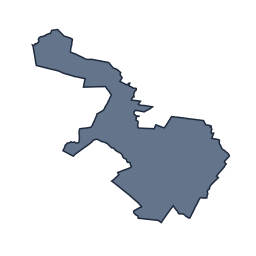 outline of Rongai, Rift Valley, Kenya, rotated 276°
{"feature_id": "3690345B22198050855445", "entity_name": "Rongai", "entity_type": "district", "adm_level": 2, "iso_a3": "KEN", "parent_name": "Kenya", "parent_adm1": "Rift Valley", "projection": "orthographic", "projection_center": [36.019, -0.061], "detail": "fine", "context": "isolated", "style": "filled", "palette": "slate", "viewbox_px": 256, "rotation_deg": 276, "n_neighbors": 0, "source": "geoboundaries", "source_scale": "gbopen_adm2", "svg_char_len": 5772}
<svg xmlns="http://www.w3.org/2000/svg" viewBox="0 0 256 256"><g transform="rotate(276 128 128)"><path d="M143.9,176.9L143.8,174.4L143.9,171.4L144.0,170.3L142.7,169.5L140.9,168.7L138.3,167.4L135.5,166.1L132.9,164.7L131.9,163.8L132.4,161.8L132.9,160.0L133.2,158.7L133.6,157.2L134.1,155.4L130.0,154.1L129.9,151.6L129.6,147.5L129.3,142.7L129.1,139.2L129.3,137.9L130.4,137.7L132.2,137.3L133.6,137.5L134.5,137.5L135.7,137.2L136.6,135.2L140.0,135.0L141.0,138.3L140.9,134.9L142.7,132.5L143.8,132.3L144.9,132.5L146.2,133.4L146.3,135.8L146.2,137.3L146.0,138.7L145.9,140.5L145.7,142.4L146.6,143.6L147.2,144.4L147.8,145.5L148.6,146.5L149.1,147.4L150.2,148.6L151.0,149.6L151.6,150.2L151.7,149.2L151.6,148.5L151.8,147.2L151.9,145.9L152.0,143.8L152.1,142.3L152.1,141.4L151.9,139.3L152.1,137.7L152.2,136.5L152.7,135.8L153.9,136.3L154.9,137.1L155.9,137.6L156.1,134.8L156.1,131.4L156.1,128.5L157.5,128.8L159.1,129.4L159.6,130.8L161.5,130.2L162.8,130.3L164.0,130.6L165.2,130.9L166.7,132.2L168.1,132.1L168.3,130.6L168.1,129.5L168.6,128.3L169.2,127.1L169.6,125.8L170.3,124.3L172.8,125.1L172.7,124.3L172.0,123.6L171.2,123.2L170.9,121.9L173.5,115.1L177.3,116.9L178.2,116.2L179.0,115.5L180.4,114.5L182.4,114.9L184.2,112.3L185.2,110.8L185.7,108.8L186.2,106.9L188.7,104.4L189.6,103.5L191.1,102.0L191.4,97.8L191.5,96.8L191.6,95.4L191.9,93.0L192.0,90.7L192.2,88.3L192.5,85.7L192.4,83.7L192.3,83.1L191.9,80.2L192.2,78.4L192.9,76.7L193.5,75.4L194.3,73.0L194.8,71.4L195.8,69.0L196.5,66.6L196.7,65.5L197.4,62.8L199.3,62.8L202.0,62.8L204.6,63.3L206.1,63.3L208.0,63.2L209.5,63.5L210.5,63.4L210.9,62.4L211.3,61.4L211.7,60.0L212.0,58.6L212.4,56.8L212.7,54.8L215.6,51.3L218.2,48.2L218.4,47.9L218.6,47.6L217.9,45.1L217.6,44.0L217.2,42.0L213.9,40.9L213.8,39.9L213.2,38.8L212.5,37.4L212.3,37.0L212.0,36.6L211.1,35.9L210.8,34.8L210.2,33.8L209.9,32.6L209.5,31.5L208.6,30.3L206.9,29.6L205.7,30.0L205.2,30.1L204.7,30.2L203.4,29.5L203.0,28.9L202.0,27.9L202.1,26.9L201.0,26.6L200.3,25.5L200.6,24.3L198.9,25.2L196.5,25.8L193.1,26.8L190.6,27.5L187.1,28.5L183.5,29.4L180.6,30.3L180.4,31.8L180.1,34.2L179.7,36.4L179.5,38.3L179.1,40.7L178.9,42.7L178.6,44.1L178.5,45.2L178.3,46.8L178.3,47.1L178.0,49.4L177.6,51.8L177.3,53.6L176.2,56.6L175.8,58.0L175.7,58.3L175.6,58.7L175.2,60.7L174.9,62.8L174.5,65.1L174.1,67.4L173.6,69.4L173.5,72.2L173.2,74.1L173.0,76.2L172.8,78.0L172.6,80.2L169.6,79.9L166.4,79.6L164.0,79.4L164.3,81.8L164.5,83.4L164.7,84.8L164.9,86.5L165.1,88.0L165.3,89.4L165.4,89.9L165.7,92.1L166.0,94.6L166.3,97.0L166.5,99.1L166.9,101.3L165.0,102.7L163.0,104.8L160.9,106.5L159.0,108.0L156.8,107.1L154.1,106.2L153.4,106.2L152.8,105.6L150.3,104.9L146.7,103.1L145.5,102.8L144.0,102.2L143.1,101.7L142.5,100.9L142.3,100.7L141.7,99.9L140.6,98.3L139.8,97.3L138.9,95.8L136.5,95.3L134.0,94.5L132.3,94.0L131.1,93.6L129.4,93.0L127.0,92.2L125.1,91.3L124.4,89.5L124.0,88.0L123.7,86.8L123.4,85.6L123.4,85.3L123.0,83.5L122.6,81.8L122.2,80.2L121.0,79.8L118.0,79.8L115.4,80.4L111.8,80.8L108.5,80.6L107.9,79.6L107.7,77.8L108.5,76.3L108.0,74.8L107.8,73.6L108.4,72.6L107.6,72.0L107.2,71.1L106.7,70.2L106.7,69.1L105.4,68.5L104.9,67.9L104.4,67.4L102.2,67.0L98.6,65.7L97.6,68.3L96.6,70.8L95.5,73.4L94.5,76.0L94.3,76.5L96.7,78.5L97.8,79.7L99.1,81.2L101.3,83.6L103.6,86.2L106.0,89.0L108.2,91.4L111.1,94.1L111.8,94.5L112.3,95.0L112.7,95.7L112.9,96.2L113.3,97.0L113.4,97.4L113.5,98.3L113.4,98.6L113.3,99.1L113.2,99.9L112.8,100.7L112.2,102.0L111.7,103.3L111.6,104.8L111.2,106.6L110.7,107.9L110.3,109.1L109.4,110.2L108.4,111.4L107.5,112.7L106.6,113.5L106.6,114.4L106.5,114.9L106.5,115.7L106.1,116.1L105.8,116.5L105.0,117.3L104.7,117.7L104.4,118.1L104.1,118.6L103.8,119.3L103.4,120.1L103.0,121.3L102.4,122.6L101.6,124.2L100.0,125.3L98.5,126.0L97.4,127.2L97.3,128.4L96.8,129.2L96.2,129.9L95.1,130.1L93.8,131.2L93.7,131.6L93.9,132.7L93.7,133.8L92.7,134.0L91.7,134.2L90.9,134.9L89.9,135.5L88.4,133.8L86.8,130.7L86.0,129.0L84.5,126.0L83.7,124.5L82.7,122.4L80.4,123.7L79.3,122.8L78.2,121.8L77.1,120.9L76.2,120.0L75.1,119.1L74.4,118.2L73.5,117.3L71.7,120.4L68.9,124.8L65.9,129.3L63.1,133.7L61.6,136.1L60.3,137.9L57.6,141.7L54.7,145.9L51.1,149.7L50.6,149.5L50.2,148.2L49.0,146.4L48.0,145.0L47.2,144.0L46.8,143.2L46.2,142.6L45.9,142.4L45.6,142.3L44.6,142.5L42.7,144.3L41.5,147.1L39.3,147.5L39.3,150.0L39.4,151.3L39.3,154.4L39.3,158.8L39.3,163.1L39.3,167.6L37.4,171.0L40.3,172.4L45.2,175.2L47.9,176.7L51.4,178.7L55.3,181.1L54.4,182.0L53.3,182.8L52.3,183.8L51.4,184.7L50.7,185.6L49.7,186.3L49.3,186.5L48.9,186.8L48.1,187.4L47.9,188.7L48.2,189.1L48.3,190.7L48.1,192.0L47.6,193.4L46.2,194.8L45.9,195.9L45.2,197.0L44.9,198.0L44.9,198.9L49.6,200.7L50.8,201.2L52.2,201.7L55.8,202.9L56.7,203.2L57.6,203.7L59.4,204.4L60.7,204.9L61.8,205.3L65.0,206.5L65.9,207.0L66.5,208.5L66.2,209.8L66.2,210.9L66.3,211.3L66.5,212.2L66.5,212.6L66.7,213.7L68.5,213.7L69.5,213.7L70.6,214.3L71.2,214.1L71.7,214.0L72.4,213.7L73.6,213.5L74.7,214.0L75.8,215.3L77.4,215.4L79.3,216.0L80.8,217.1L83.5,219.2L84.8,220.3L85.4,220.9L86.2,221.5L86.7,222.0L88.1,223.1L88.8,221.9L89.3,221.0L92.3,222.9L95.7,225.3L99.3,227.8L100.5,228.1L101.5,228.7L102.5,229.4L103.5,228.3L104.2,227.4L105.1,227.6L108.5,230.2L109.2,230.7L110.3,231.5L111.1,231.7L112.3,230.8L113.5,229.7L114.0,228.8L114.4,228.1L114.9,227.5L115.4,226.7L115.9,226.1L116.2,225.1L116.6,224.4L117.0,223.7L118.1,223.2L119.2,222.4L120.5,221.8L121.4,221.0L121.8,220.6L123.4,220.3L125.5,220.2L125.9,219.3L126.5,212.3L130.0,213.3L131.9,213.7L131.8,213.2L131.3,212.0L132.2,211.3L133.5,211.0L135.2,211.5L136.4,211.1L136.7,211.0L137.2,210.7L137.5,209.9L138.5,210.6L138.6,210.3L139.0,209.3L139.3,207.4L139.2,206.0L139.2,205.1L140.5,204.2L142.5,202.8L143.0,202.5L143.3,202.4L143.3,201.5L143.3,200.3L143.4,198.2L143.4,195.7L143.5,193.7L143.5,190.3L143.5,189.1L143.6,186.5L143.9,176.9Z" fill="#64748b" stroke="#1e293b" stroke-width="1.5"/></g></svg>